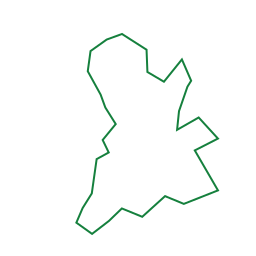 map outline of Durbes (Natural Earth projection), rotated 250°
{"feature_id": "LVA-5720", "entity_name": "Durbes", "entity_type": "Municipality", "adm_level": 1, "iso_a3": "LVA", "parent_name": "Latvia", "parent_adm1": "", "projection": "natural_earth1", "projection_center": [21.414, 56.63], "detail": "fine", "context": "isolated", "style": "outline", "palette": "green", "viewbox_px": 256, "rotation_deg": 250, "n_neighbors": 0, "source": "natural_earth", "source_scale": "10m", "svg_char_len": 529}
<svg xmlns="http://www.w3.org/2000/svg" viewBox="0 0 256 256"><g transform="rotate(250 128 128)"><path d="M56.7,47.1L68.3,58.0L78.9,71.6L109.5,87.9L111.6,101.5L125.4,100.1L135.9,117.8L155.0,113.7L168.7,113.7L195.1,109.6L213.1,119.1L218.4,138.2L218.4,154.5L195.2,172.2L174.0,165.4L159.2,177.6L174.0,202.1L150.8,203.5L146.5,198.0L126.4,181.7L109.5,173.5L113.7,198.0L87.3,208.9L84.1,183.1L38.6,191.2L37.6,154.5L51.3,139.5L39.7,111.0L54.5,94.7L47.2,78.3L40.8,58.0L56.7,47.1Z" fill="none" stroke="#15803d" stroke-width="2"/></g></svg>